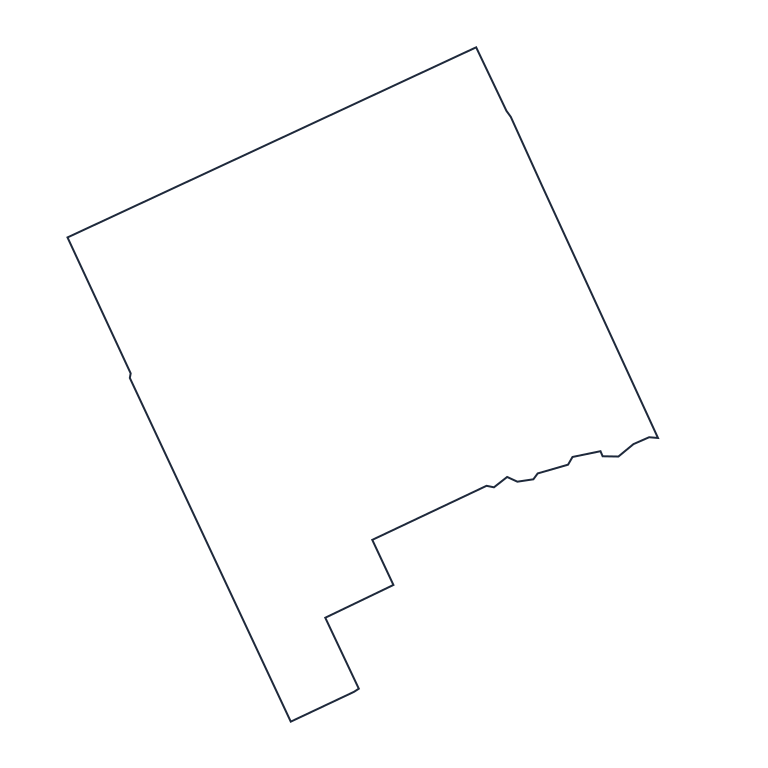 the district of Otero, Colorado, United States of America, rotated 155°
{"feature_id": "52423323B42368002291808", "entity_name": "Otero", "entity_type": "district", "adm_level": 2, "iso_a3": "USA", "parent_name": "United States of America", "parent_adm1": "Colorado", "projection": "natural_earth1", "projection_center": [-103.809, 37.955], "detail": "fine", "context": "isolated", "style": "outline", "palette": "slate", "viewbox_px": 768, "rotation_deg": 155, "n_neighbors": 0, "source": "geoboundaries", "source_scale": "gbopen_adm2", "svg_char_len": 502}
<svg xmlns="http://www.w3.org/2000/svg" viewBox="0 0 768 768"><g transform="rotate(155 384 384)"><path d="M156.2,572.5L157.6,579.8L158.2,650.2L608.9,650.6L609.1,500.7L611.8,496.9L611.2,117.4L541.2,117.7L535.6,118.5L536.0,197.0L460.4,197.9L460.5,247.7L334.1,248.4L328.0,243.9L311.7,247.7L304.4,239.1L288.9,234.5L282.5,238.0L251.3,233.1L244.0,238.2L216.2,231.6L216.4,226.1L202.2,219.2L183.3,224.1L166.2,223.7L158.5,219.3L157.0,496.7L156.2,572.5Z" fill="none" stroke="#1e293b" stroke-width="2"/></g></svg>